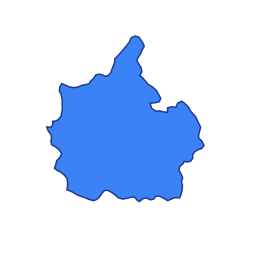 outline of São Francisco do Glória, Minas Gerais, Brazil, rotated 30°
{"feature_id": "56859067B91549743589914", "entity_name": "São Francisco do Glória", "entity_type": "district", "adm_level": 2, "iso_a3": "BRA", "parent_name": "Brazil", "parent_adm1": "Minas Gerais", "projection": "mercator", "projection_center": [-42.282, -20.783], "detail": "fine", "context": "isolated", "style": "filled", "palette": "blue", "viewbox_px": 256, "rotation_deg": 30, "n_neighbors": 0, "source": "geoboundaries", "source_scale": "gbopen_adm2", "svg_char_len": 1890}
<svg xmlns="http://www.w3.org/2000/svg" viewBox="0 0 256 256"><g transform="rotate(30 128 128)"><path d="M161.1,77.9L158.6,81.6L159.1,86.1L155.3,87.7L152.2,90.8L154.4,94.6L150.6,96.3L146.9,97.4L143.3,99.6L138.6,99.1L134.8,95.5L139.0,92.5L142.0,89.5L141.5,85.9L137.8,83.7L133.9,81.4L129.7,80.4L126.7,80.2L123.4,80.1L118.9,78.4L114.8,77.0L111.8,76.6L112.0,72.5L109.3,69.3L105.6,67.3L101.8,65.1L101.5,61.3L101.7,57.8L101.3,54.1L101.2,49.1L98.2,46.9L95.3,45.4L92.0,43.9L88.4,44.6L85.7,48.1L86.2,53.1L85.5,58.2L84.5,63.1L83.4,69.8L81.9,74.4L83.8,78.4L84.6,84.4L85.4,88.4L84.9,91.7L82.9,94.5L79.7,94.8L76.3,95.6L73.5,98.3L73.4,102.8L72.2,105.8L72.3,109.0L69.4,111.8L66.6,114.3L64.4,117.2L61.0,120.1L56.1,121.9L51.7,122.2L48.4,122.7L48.5,126.9L50.0,130.3L53.5,132.4L56.8,136.5L59.4,140.8L61.8,144.6L64.1,151.2L63.5,155.4L62.0,158.0L59.4,159.9L61.3,162.6L60.8,165.8L57.1,167.8L60.7,170.6L64.7,172.2L66.6,174.7L67.8,177.8L70.1,180.7L74.3,180.5L79.0,181.3L83.3,183.2L83.8,187.5L82.6,191.9L83.7,195.5L84.3,199.6L87.7,200.1L92.0,199.9L96.3,200.6L99.9,201.9L102.1,204.2L104.2,207.5L106.0,212.1L110.3,211.3L115.1,211.3L119.5,211.1L124.3,210.1L129.6,209.4L134.7,208.1L136.7,205.3L137.8,202.1L138.0,198.0L138.9,193.9L141.4,192.2L145.5,191.9L149.7,192.3L154.7,193.2L158.9,192.2L161.3,190.2L163.8,187.9L166.0,185.7L168.8,184.7L171.8,185.9L174.7,185.9L176.3,181.7L178.8,179.4L183.3,179.0L185.7,176.9L186.4,172.8L189.5,171.3L194.2,170.9L198.7,171.1L201.0,167.9L203.1,165.1L207.6,162.7L207.2,159.2L206.1,155.3L204.1,150.8L200.9,147.4L200.3,143.9L197.2,141.5L192.9,138.8L192.1,135.1L193.4,132.1L193.5,128.6L196.3,127.9L198.8,125.5L199.2,121.7L197.4,119.1L197.5,115.7L199.2,112.2L202.1,109.0L202.6,105.1L198.3,102.3L194.1,101.3L192.3,97.7L191.4,94.1L190.5,91.0L187.6,89.1L184.2,86.7L181.5,84.7L178.1,83.5L173.9,82.2L169.3,79.4L164.9,78.4L161.1,77.9Z" fill="#3b82f6" stroke="#1e3a8a" stroke-width="1.5"/></g></svg>